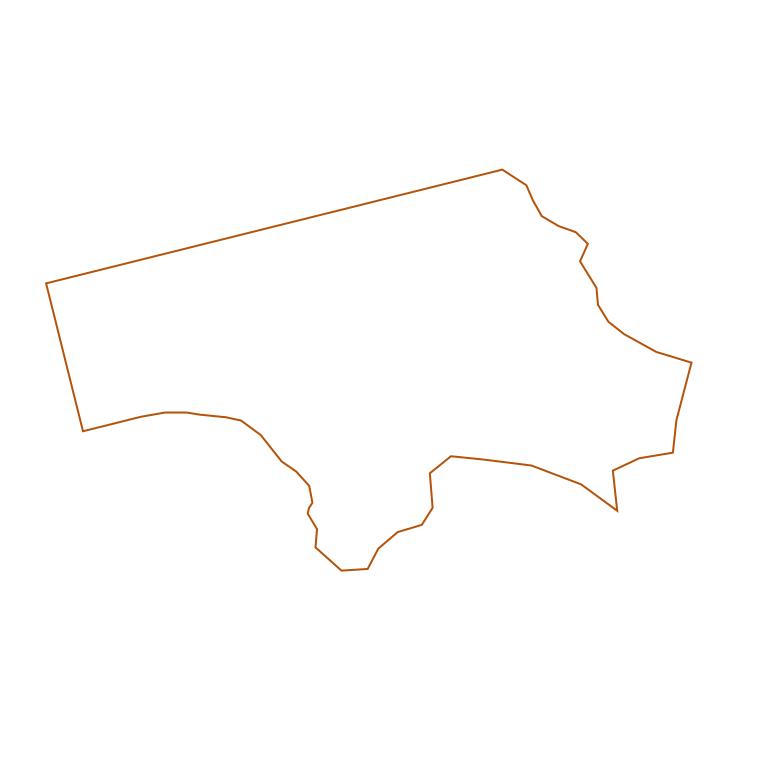 Rakai, Mercator projection, rotated 166°
{"feature_id": "UGA-3361", "entity_name": "Rakai", "entity_type": "District", "adm_level": 1, "iso_a3": "UGA", "parent_name": "Uganda", "parent_adm1": "", "projection": "mercator", "projection_center": [31.493, -0.733], "detail": "fine", "context": "isolated", "style": "outline", "palette": "amber", "viewbox_px": 768, "rotation_deg": 166, "n_neighbors": 0, "source": "natural_earth", "source_scale": "10m", "svg_char_len": 801}
<svg xmlns="http://www.w3.org/2000/svg" viewBox="0 0 768 768"><g transform="rotate(166 384 384)"><path d="M687.5,563.4L569.1,563.4L447.1,563.4L325.2,563.4L217.4,563.4L210.5,556.0L197.8,542.4L195.0,525.7L190.3,508.7L176.4,495.0L161.2,484.9L152.3,470.7L164.1,455.6L154.6,425.8L157.2,409.0L151.2,390.1L139.0,374.3L112.0,349.2L80.5,330.3L109.0,278.2L120.3,247.5L154.4,250.2L182.9,244.6L188.4,204.6L217.0,238.9L260.6,269.2L305.4,286.5L336.5,297.7L361.1,286.3L366.8,252.1L381.4,238.2L406.6,237.0L429.4,225.6L444.6,208.5L470.4,213.2L490.0,242.0L484.1,259.4L489.4,276.7L486.8,281.8L482.2,286.1L481.2,303.2L490.3,320.2L502.0,333.5L515.9,364.2L531.5,383.1L545.5,390.0L570.1,398.8L582.3,404.0L603.4,409.3L627.9,411.0L687.5,411.0L687.5,563.3L687.5,563.4Z" fill="none" stroke="#b45309" stroke-width="2"/></g></svg>